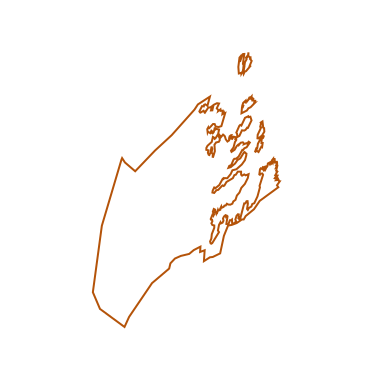 Osen nor, Sør-Trøndelag, Norway (Natural Earth projection), rotated 113°
{"feature_id": "86288312B40278854732862", "entity_name": "Osen nor", "entity_type": "district", "adm_level": 2, "iso_a3": "NOR", "parent_name": "Norway", "parent_adm1": "Sør-Trøndelag", "projection": "natural_earth1", "projection_center": [10.507, 64.296], "detail": "fine", "context": "isolated", "style": "outline", "palette": "amber", "viewbox_px": 384, "rotation_deg": 113, "n_neighbors": 0, "source": "geoboundaries", "source_scale": "gbopen_adm2", "svg_char_len": 6090}
<svg xmlns="http://www.w3.org/2000/svg" viewBox="0 0 384 384"><g transform="rotate(113 192 192)"><path d="M342.6,201.4L331.5,201.1L291.5,193.2L271.4,183.1L266.1,184.0L259.9,181.7L255.2,177.3L250.1,170.4L244.8,167.7L239.0,162.9L244.0,161.1L240.7,157.6L251.0,154.0L245.1,150.0L243.7,147.5L237.5,142.1L219.9,145.5L208.8,145.7L206.8,142.6L203.1,138.7L197.8,135.3L197.1,133.7L193.2,133.2L183.6,128.2L173.7,126.2L153.9,114.4L152.6,116.4L147.9,115.4L148.1,116.0L147.1,117.0L148.2,119.1L145.9,118.3L145.3,119.4L145.8,119.9L143.4,119.7L143.6,120.5L146.9,120.3L147.0,121.2L145.0,120.8L144.1,121.2L144.1,121.9L140.4,121.5L140.6,121.9L139.3,122.3L139.3,122.9L135.8,123.5L136.5,124.1L133.9,124.0L133.6,124.5L135.7,125.0L132.2,124.9L131.1,125.6L131.4,126.2L133.1,126.6L131.9,126.7L132.4,127.3L128.6,129.2L130.2,129.1L129.7,129.7L131.2,129.8L129.9,130.3L131.7,130.8L132.5,130.3L132.6,129.2L133.7,129.0L133.4,129.4L133.9,129.6L132.9,129.9L133.4,130.9L136.1,131.1L135.4,132.1L134.6,132.1L136.1,133.3L138.3,132.7L140.0,132.8L139.1,133.1L140.1,133.8L140.9,133.5L140.7,133.1L143.6,133.3L143.5,133.9L144.1,134.3L143.6,134.9L139.6,134.0L140.9,135.5L141.9,135.3L141.6,136.5L143.5,136.7L143.3,137.9L144.5,138.3L149.5,136.9L149.6,136.3L148.6,136.3L147.5,134.5L148.4,133.3L160.0,132.2L161.1,131.3L170.5,130.0L178.0,130.3L179.5,131.8L182.2,131.7L184.5,133.4L186.7,133.6L186.1,134.7L180.9,136.0L178.7,137.3L179.2,138.2L181.6,138.4L182.1,139.5L197.7,137.2L198.6,137.7L198.0,139.1L196.0,139.2L195.7,140.0L194.4,140.2L194.5,141.0L196.4,141.7L200.5,141.3L202.2,139.4L202.8,139.5L203.2,140.5L204.3,140.4L204.9,142.9L201.7,144.5L202.7,145.0L203.2,146.1L206.9,145.9L207.7,146.5L208.0,147.9L200.5,149.8L200.3,150.3L201.4,150.9L200.2,151.4L200.2,152.1L202.1,153.0L204.3,153.1L206.1,151.8L208.3,151.9L209.6,153.1L208.7,154.0L211.6,154.3L217.3,153.1L218.4,151.5L231.2,153.4L232.1,154.1L232.0,154.8L230.5,156.0L227.3,156.0L223.0,157.3L216.3,157.5L214.1,158.4L214.4,160.4L213.2,161.9L211.0,161.8L209.7,162.7L210.0,163.8L209.6,164.2L205.1,164.3L205.3,163.9L204.6,163.4L205.1,163.0L203.8,162.9L202.1,165.1L199.1,165.3L199.2,163.9L200.3,163.9L200.2,163.3L201.4,162.9L201.1,162.4L202.3,161.3L201.4,161.4L201.5,160.7L198.3,161.1L198.9,160.5L197.3,159.0L196.7,159.1L197.0,159.5L193.8,159.4L194.9,158.5L193.4,157.1L191.8,156.8L191.3,155.7L189.2,155.3L189.4,153.8L188.7,151.8L187.0,150.3L184.6,150.3L182.2,148.9L177.7,149.3L174.0,148.1L168.9,148.2L163.9,146.5L157.3,146.1L153.5,146.9L155.7,149.1L155.4,150.8L157.4,152.3L156.9,153.5L154.1,154.8L155.4,157.8L158.9,158.4L159.9,159.6L163.3,159.8L169.3,164.2L173.3,164.7L174.1,165.2L173.9,166.3L174.4,166.7L179.8,168.7L180.8,170.2L184.2,171.2L184.5,173.0L182.5,173.5L178.2,173.3L179.6,173.1L179.5,172.0L174.9,169.6L167.8,168.9L167.0,168.4L167.3,168.0L166.7,167.9L165.5,164.9L160.3,163.4L156.2,163.3L153.7,160.0L147.2,156.9L141.9,155.7L137.3,156.3L135.4,156.9L135.1,158.9L134.0,158.8L135.6,159.7L142.2,160.7L144.8,162.6L149.0,163.5L153.9,166.0L155.5,167.9L153.4,167.9L151.8,166.4L146.0,166.4L144.9,166.0L144.1,164.4L141.1,162.9L133.6,162.1L133.6,161.4L131.3,160.9L129.5,159.2L123.9,158.1L123.6,159.5L126.0,160.1L125.8,161.0L127.7,162.9L127.2,162.9L126.4,164.6L127.7,166.5L130.7,167.3L130.3,167.9L132.3,168.8L136.5,169.3L139.6,171.3L138.8,172.2L134.8,171.2L129.2,172.0L126.8,171.6L126.0,172.0L126.2,172.9L124.4,172.9L124.8,175.2L126.5,175.6L125.0,177.0L127.4,176.0L127.9,178.0L128.4,178.1L127.6,178.8L126.5,178.8L125.5,177.6L124.2,177.8L124.5,178.3L126.0,179.1L127.9,178.9L130.0,178.0L131.7,179.1L130.3,181.5L127.8,183.6L127.3,185.5L126.2,185.6L129.9,186.7L129.2,186.9L129.2,188.4L128.0,190.3L129.0,190.3L130.8,188.8L130.8,188.1L133.4,186.7L135.3,186.9L137.0,189.2L139.7,189.8L145.5,186.9L151.4,186.3L151.5,186.7L148.8,187.7L148.2,189.4L144.4,190.2L142.5,191.7L148.8,190.4L151.2,190.5L151.2,191.2L149.7,192.7L147.2,193.2L147.6,195.3L145.8,196.0L143.4,195.8L138.2,193.4L133.1,194.3L133.4,192.6L134.2,191.9L133.5,191.4L128.4,190.6L123.9,191.5L124.4,194.2L126.2,195.4L123.6,196.2L128.2,195.4L130.0,195.9L129.9,196.7L128.2,197.4L128.0,198.1L130.7,198.2L130.2,200.9L131.0,200.9L128.2,202.5L126.4,202.3L127.0,201.9L126.7,201.2L121.2,199.2L120.6,197.7L122.5,195.8L121.8,192.9L119.9,190.7L106.3,192.3L107.5,193.5L106.6,193.8L108.2,194.5L105.1,195.4L106.1,197.3L104.8,198.1L107.3,199.5L106.4,199.6L105.3,201.9L100.0,201.7L100.5,203.7L103.4,206.2L108.9,205.2L109.5,206.4L105.2,207.1L107.1,208.3L107.8,210.0L113.3,211.0L113.0,211.3L113.8,211.6L112.7,213.1L115.6,215.2L115.6,215.8L114.9,216.7L109.0,216.3L108.6,214.6L107.0,214.9L106.1,214.0L106.6,211.5L97.2,212.8L109.1,220.8L115.2,221.9L147.6,232.9L168.2,242.2L195.1,252.4L191.0,265.3L188.1,269.6L189.6,269.6L258.3,261.8L323.0,244.1L335.6,231.0L342.6,201.4ZM59.7,189.5L53.6,187.6L53.6,188.2L48.0,188.3L47.3,189.6L45.7,190.5L46.3,190.8L45.2,191.5L44.9,193.3L41.4,194.6L45.4,193.5L47.5,194.1L46.2,194.5L47.2,194.8L48.6,193.6L51.8,194.0L56.1,192.9L56.6,193.6L55.0,194.1L54.2,195.2L44.5,197.8L45.0,198.9L47.6,199.1L53.5,198.7L48.4,200.4L49.7,200.8L58.8,198.2L64.6,195.2L63.0,193.2L63.8,192.8L60.7,192.5L56.7,193.4L56.4,192.7L62.0,191.4L63.1,190.6L60.5,190.5L59.7,189.5ZM111.3,165.6L102.8,165.2L99.9,167.7L101.0,169.2L100.3,169.8L103.0,172.2L111.6,172.5L111.4,173.8L112.6,174.3L120.0,174.4L120.9,173.2L123.6,171.7L121.8,170.3L115.7,170.1L115.1,168.0L113.9,167.0L110.5,166.2L111.6,166.0L111.3,165.6ZM91.1,171.2L85.0,168.8L85.5,169.6L83.4,169.6L84.1,172.0L82.2,172.0L82.0,172.7L83.5,173.0L83.3,173.6L80.8,174.5L82.7,175.1L82.1,175.5L82.6,176.1L86.1,176.3L85.3,176.6L86.9,176.6L86.8,177.5L88.7,177.4L88.7,178.5L87.7,178.7L89.9,179.7L92.4,179.5L92.4,178.5L93.7,178.4L93.4,179.3L94.5,179.1L100.2,177.2L95.5,173.3L92.9,172.8L91.1,171.2ZM116.8,151.8L112.5,149.6L108.2,149.0L105.0,150.6L104.9,151.6L99.5,154.7L101.3,155.9L101.9,155.2L105.3,154.7L105.4,153.6L113.7,153.9L117.0,152.7L116.8,151.8ZM128.6,148.9L129.2,146.4L123.3,145.9L123.4,145.0L119.3,146.1L119.8,147.2L116.0,148.6L114.4,147.7L111.8,147.8L116.5,149.7L121.8,150.2L126.1,149.1L127.5,149.1L125.9,149.5L126.4,149.9L130.0,149.7L130.1,149.2L128.6,148.9Z" fill="none" stroke="#b45309" stroke-width="2"/></g></svg>